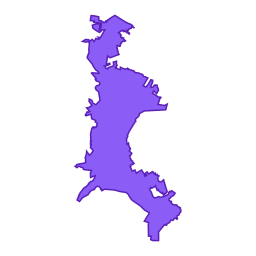 Chiapa de Corzo, Chiapas, Mexico (Mercator projection)
{"feature_id": "50627088B40050898832352", "entity_name": "Chiapa de Corzo", "entity_type": "district", "adm_level": 2, "iso_a3": "MEX", "parent_name": "Mexico", "parent_adm1": "Chiapas", "projection": "mercator", "projection_center": [-92.959, 16.601], "detail": "fine", "context": "isolated", "style": "filled", "palette": "violet", "viewbox_px": 256, "rotation_deg": 0, "n_neighbors": 0, "source": "geoboundaries", "source_scale": "gbopen_adm2", "svg_char_len": 5733}
<svg xmlns="http://www.w3.org/2000/svg" viewBox="0 0 256 256"><path d="M134.5,28.1L132.3,26.0L132.5,25.5L130.1,24.0L129.9,24.2L127.2,22.7L126.8,22.8L114.9,15.4L110.6,18.0L110.1,18.6L109.7,18.5L109.1,19.0L109.0,19.5L107.9,19.8L107.7,20.2L107.1,20.7L106.4,20.8L106.6,21.1L106.0,21.1L106.1,21.8L105.7,21.5L103.9,22.8L103.3,22.1L100.9,20.7L98.9,20.5L98.7,16.8L93.9,15.8L91.1,15.6L90.3,20.6L91.1,20.5L93.1,21.2L94.1,20.8L93.8,22.4L101.3,23.1L101.1,25.2L101.4,26.2L101.0,27.1L100.4,27.1L99.8,30.0L99.2,30.0L100.2,24.3L97.2,23.7L92.3,25.2L93.0,28.3L96.9,31.0L99.6,32.5L102.1,30.1L101.7,29.8L104.8,29.8L100.4,37.6L98.2,37.3L99.3,38.4L98.7,39.4L95.9,38.4L94.1,41.5L92.2,39.4L89.9,41.1L89.6,40.4L88.2,39.6L87.6,39.8L87.0,39.5L85.3,39.6L82.5,41.4L85.5,42.1L88.2,41.7L89.4,42.9L88.8,49.7L89.1,52.1L87.2,57.0L87.4,58.1L92.2,64.0L93.2,66.2L95.9,70.1L97.9,71.4L98.8,73.3L92.6,72.8L92.2,73.1L91.9,72.8L91.5,73.1L96.2,78.7L95.3,79.3L96.3,81.1L98.6,81.6L99.6,82.5L99.9,84.1L98.8,85.1L96.7,85.8L95.8,86.7L95.3,87.9L96.1,89.8L98.6,91.7L100.0,100.3L96.0,104.7L93.2,103.3L92.6,102.5L92.5,101.8L91.8,100.3L89.2,99.0L89.0,101.3L91.9,105.4L88.8,107.5L86.6,107.8L89.7,111.5L88.1,112.2L87.2,111.8L85.3,115.1L86.1,115.8L91.0,114.2L91.7,118.7L95.1,120.2L95.7,120.7L95.3,122.0L97.3,123.3L97.0,124.2L97.2,124.3L96.3,126.3L96.6,126.8L95.0,127.5L94.6,128.1L94.7,127.1L93.6,127.0L93.5,127.7L92.9,127.1L92.4,127.6L91.8,128.6L90.6,133.8L90.8,139.4L90.5,141.2L91.4,141.4L90.4,143.3L91.1,144.1L90.6,144.3L90.5,145.1L91.2,145.4L90.4,147.5L93.3,150.7L91.2,153.6L89.6,155.3L86.6,151.3L86.5,153.3L85.7,156.6L85.1,157.7L85.5,158.7L85.6,162.5L84.0,163.2L78.3,164.1L76.6,164.7L76.3,165.7L75.1,166.3L76.9,167.7L78.2,166.6L79.8,166.4L81.0,167.3L82.2,167.4L83.1,168.2L83.5,169.4L84.0,169.6L91.5,170.5L90.4,173.1L90.6,177.5L95.1,175.7L94.4,178.6L93.7,179.2L92.8,180.8L91.6,181.5L91.0,181.3L88.5,183.6L88.8,184.1L85.7,186.9L84.0,187.9L79.9,193.2L78.6,196.0L78.9,196.1L77.8,198.1L77.1,200.0L79.5,201.5L82.6,197.6L87.9,194.8L90.5,191.1L93.5,189.6L94.5,189.5L94.6,188.6L96.4,186.7L98.0,186.3L99.2,186.7L101.4,189.1L100.8,189.3L101.8,190.7L104.7,189.2L114.3,190.0L120.3,191.6L125.8,192.4L127.7,193.7L131.3,199.4L132.5,200.5L140.6,206.1L144.6,210.1L149.0,212.6L149.2,213.3L144.3,221.2L148.5,222.5L148.3,225.0L148.5,236.2L151.3,236.2L150.6,239.3L150.9,239.8L152.9,240.6L158.6,240.6L158.6,231.9L164.6,224.5L165.0,224.4L165.4,225.1L166.6,225.2L167.0,224.0L169.7,222.3L170.5,220.5L171.2,220.1L172.7,220.4L173.5,219.9L174.2,218.6L174.8,218.2L175.6,218.1L176.7,219.2L177.2,219.1L177.5,218.3L176.8,216.7L177.2,215.7L179.0,214.9L179.4,213.3L180.7,212.0L180.9,210.6L180.7,209.3L179.3,207.5L179.6,207.4L177.5,206.3L176.7,204.9L173.7,204.8L172.4,204.2L171.4,203.2L171.1,202.3L171.5,202.1L171.3,201.3L170.4,201.4L169.1,200.3L168.9,199.6L169.1,198.8L170.3,198.0L171.1,196.9L173.8,195.2L174.0,194.4L174.6,194.1L175.1,193.1L171.7,190.7L170.8,191.8L170.3,192.0L169.9,191.3L168.4,192.6L168.6,193.6L167.8,194.8L162.9,196.9L160.4,197.2L158.5,196.6L155.8,197.8L154.3,197.7L153.0,196.7L151.2,192.0L149.5,189.1L150.9,187.4L151.7,188.3L154.5,186.8L155.4,185.8L157.2,190.4L158.2,189.7L159.2,191.4L161.3,193.0L161.5,193.1L161.8,192.5L162.3,192.4L163.4,195.1L164.8,194.1L164.5,193.6L165.9,193.3L167.2,191.3L166.4,189.5L163.6,179.8L161.4,181.6L160.1,182.1L158.4,180.8L157.7,178.7L158.1,176.9L159.0,176.0L157.4,175.1L157.2,174.5L156.4,175.1L155.8,174.9L155.6,173.9L155.1,174.0L155.2,173.7L154.6,173.6L154.7,173.3L154.1,173.7L152.8,171.7L151.9,172.6L151.7,172.1L148.7,174.0L147.1,171.9L145.0,173.5L146.6,175.3L145.0,176.2L144.2,174.1L141.5,170.0L136.4,173.1L134.9,170.0L132.3,171.1L130.2,166.9L130.8,166.7L130.3,165.2L132.7,164.5L132.5,164.0L134.0,163.5L132.8,162.1L132.6,161.2L130.9,160.0L131.1,159.5L130.8,158.9L130.0,158.1L129.8,155.6L130.4,155.7L131.8,153.3L129.2,150.8L130.3,149.2L130.1,148.9L130.4,148.6L128.9,146.1L128.5,143.1L126.9,144.4L126.5,138.4L126.8,138.4L127.8,136.1L127.4,135.5L129.1,131.6L135.3,121.6L135.8,121.3L135.4,120.2L135.9,118.5L137.5,117.5L139.0,115.7L139.4,114.1L139.9,113.3L144.5,110.9L165.8,109.8L167.2,104.1L164.5,105.5L158.0,104.4L159.7,99.1L160.9,97.4L159.9,97.0L159.4,97.7L152.4,93.2L153.8,90.9L156.5,93.7L158.5,90.4L158.1,88.2L157.3,87.1L157.1,85.2L155.7,84.9L155.1,85.6L154.3,85.2L153.0,87.1L151.4,87.3L150.6,87.0L152.7,82.0L152.3,81.8L152.7,80.3L150.9,79.7L148.3,84.1L146.0,87.0L143.2,85.8L147.9,78.0L145.2,76.8L143.9,76.6L143.0,75.7L143.0,75.0L141.9,74.1L141.0,74.1L139.0,73.1L134.8,72.4L134.4,71.4L133.0,70.4L132.5,70.4L132.5,70.2L132.3,70.6L131.2,70.0L130.1,70.0L128.7,68.9L128.2,69.3L127.6,68.4L127.4,68.8L126.0,68.8L124.8,69.2L120.4,67.2L120.2,69.6L117.8,68.9L116.5,67.9L115.9,68.3L115.9,67.9L115.2,67.4L115.8,66.7L116.2,66.7L117.1,65.4L116.5,63.9L116.5,61.2L113.3,62.1L113.7,65.3L112.7,66.1L108.1,67.7L107.4,69.0L105.4,67.8L105.5,66.4L104.7,66.0L107.5,65.4L110.0,64.2L109.7,63.2L106.3,64.5L107.6,56.0L110.0,57.8L119.0,54.5L118.2,52.9L117.7,50.1L117.2,49.8L117.3,48.2L116.9,47.9L117.1,47.2L116.7,45.9L118.0,45.4L118.6,46.1L119.7,46.3L120.2,46.1L120.5,43.9L121.0,43.7L121.6,42.8L121.3,42.3L124.0,40.8L124.5,41.4L125.5,40.8L124.6,40.0L124.0,40.2L123.9,39.3L123.2,38.6L123.5,38.0L123.0,38.0L122.6,37.6L121.8,38.0L121.5,37.8L121.9,37.6L121.7,37.3L120.9,37.1L120.4,35.6L121.1,35.2L121.4,35.7L121.3,35.3L119.9,33.5L119.3,33.1L118.9,33.2L118.5,32.6L122.2,30.4L123.5,31.5L123.9,31.1L123.6,30.8L124.1,30.5L124.7,31.6L126.6,31.9L127.1,32.6L128.1,33.0L129.1,34.1L129.5,33.4L129.1,32.8L128.8,32.4L128.1,32.6L128.3,32.3L127.9,31.9L127.8,32.4L127.2,32.2L126.9,31.8L127.3,31.6L126.4,30.7L127.1,30.3L127.4,30.6L127.4,30.3L128.3,30.2L128.6,29.9L128.5,29.2L129.7,28.9L129.8,28.5L130.6,28.3L131.3,27.4L131.5,27.7L132.0,26.6L134.5,28.1Z" fill="#8b5cf6" stroke="#5b21b6" stroke-width="1.5"/></svg>